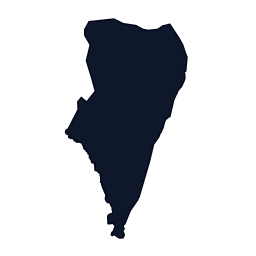 Rashaant, Hövsgöl, Mongolia, rotated 267°
{"feature_id": "93677404B8615424997314", "entity_name": "Rashaant", "entity_type": "district", "adm_level": 2, "iso_a3": "MNG", "parent_name": "Mongolia", "parent_adm1": "Hövsgöl", "projection": "robinson", "projection_center": [100.984, 49.181], "detail": "fine", "context": "isolated", "style": "filled", "palette": "ink", "viewbox_px": 256, "rotation_deg": 267, "n_neighbors": 0, "source": "geoboundaries", "source_scale": "gbopen_adm2", "svg_char_len": 5196}
<svg xmlns="http://www.w3.org/2000/svg" viewBox="0 0 256 256"><g transform="rotate(267 128 128)"><path d="M237.5,119.7L236.2,94.7L228.5,89.9L222.8,89.7L213.1,94.7L197.5,90.0L179.0,94.6L166.5,97.3L156.0,88.0L160.9,83.0L156.9,79.3L149.0,79.2L148.9,79.1L130.3,68.3L129.0,66.0L128.4,65.8L128.2,65.7L127.8,65.5L127.3,65.5L127.0,65.4L126.6,65.5L126.3,65.7L126.2,65.7L126.0,65.9L125.5,66.3L125.0,66.7L125.0,66.8L124.8,67.0L124.6,67.9L124.6,68.0L124.6,68.3L124.6,68.6L124.5,68.9L124.5,69.0L124.1,69.2L123.7,69.3L123.7,69.2L124.0,69.1L124.2,68.9L124.3,68.8L124.4,68.7L124.2,68.6L123.9,68.8L123.2,68.7L122.9,68.5L122.6,68.3L122.4,68.3L122.2,68.3L121.7,68.5L121.2,69.4L120.5,70.3L120.5,70.5L120.7,70.8L121.0,71.1L121.2,71.3L121.3,71.4L121.3,71.6L121.2,71.7L121.2,71.8L120.9,71.9L120.5,72.5L120.2,72.6L119.3,73.0L119.0,73.2L118.8,73.4L118.3,73.7L118.3,73.9L118.3,74.1L118.1,74.3L117.9,74.5L118.1,74.7L118.0,74.9L117.8,75.2L117.4,75.3L117.2,75.4L116.9,75.8L116.7,75.8L116.5,76.1L116.6,76.3L117.1,76.4L117.4,76.5L117.5,76.8L117.5,77.3L117.2,77.5L116.7,77.6L116.6,77.8L116.5,78.1L116.4,78.2L116.4,78.3L116.7,78.4L116.8,78.5L117.0,78.8L117.0,79.1L116.9,79.3L116.5,79.5L116.4,79.6L116.2,79.7L116.0,79.9L115.8,80.1L115.7,80.3L115.8,80.5L115.8,80.8L115.6,81.0L115.2,81.3L114.9,81.5L114.6,81.6L114.3,81.7L113.9,81.6L113.7,81.8L113.5,82.1L113.2,82.3L112.6,82.2L112.4,82.3L111.6,82.7L110.6,82.9L109.9,82.9L109.7,83.0L109.1,83.6L108.8,84.1L108.5,84.5L108.3,84.7L108.1,84.9L107.0,85.1L106.9,85.2L106.8,85.6L106.6,85.8L106.5,86.1L105.6,86.5L105.3,86.7L104.6,86.7L104.2,86.8L104.0,87.0L103.8,87.4L103.5,87.6L103.2,88.2L102.8,88.4L102.6,88.3L102.3,88.3L102.0,88.3L101.2,87.9L100.6,87.9L100.4,88.1L100.0,88.3L99.7,88.6L99.4,88.7L99.0,88.9L98.6,89.1L98.3,89.4L97.9,89.5L97.2,89.6L96.7,89.7L95.9,90.0L95.4,90.2L95.1,90.4L95.1,90.5L95.0,91.0L95.0,91.4L95.0,91.7L94.9,92.0L95.0,92.2L95.0,92.5L94.9,92.7L94.8,92.8L93.5,92.8L93.1,93.0L92.7,93.4L92.4,93.5L91.9,93.6L91.8,93.4L92.1,93.3L92.5,93.2L92.8,93.0L92.8,92.8L92.7,92.7L92.0,93.0L91.6,92.9L91.3,92.8L91.0,92.9L90.5,93.0L90.2,93.0L90.0,92.8L89.7,92.8L88.2,92.9L87.7,92.9L87.5,93.0L87.3,93.2L87.1,93.6L87.0,93.9L86.9,94.3L86.8,94.6L86.8,95.3L86.6,95.4L86.2,95.6L85.7,95.8L85.3,96.1L84.8,96.5L84.5,96.9L84.2,97.4L84.0,97.7L83.6,97.9L83.1,98.0L82.7,97.9L82.2,97.7L82.0,97.8L81.5,98.0L81.0,98.2L80.6,98.3L80.0,98.3L79.2,98.1L78.6,98.1L78.1,98.2L76.6,98.2L76.0,98.1L75.5,97.9L75.3,97.9L75.2,97.9L75.1,98.3L74.9,98.5L74.6,98.7L74.4,98.8L74.1,99.0L73.5,98.9L73.3,98.8L72.9,98.8L71.8,99.0L71.3,99.3L71.0,99.5L70.7,99.6L70.2,99.6L69.8,99.5L69.5,99.6L69.3,99.9L68.9,100.2L68.7,100.3L68.3,100.3L68.0,100.5L67.6,100.5L67.1,100.6L66.6,100.8L66.0,101.1L64.9,101.4L64.6,101.4L64.4,101.6L64.1,101.9L63.8,102.1L63.2,102.2L62.0,102.5L61.5,102.5L60.8,102.3L60.3,102.1L59.0,101.8L58.5,101.7L58.0,101.8L56.6,102.2L56.5,102.3L55.8,102.7L55.0,103.5L54.8,103.7L54.7,103.8L54.6,104.0L54.5,104.3L54.5,104.5L54.6,105.0L54.4,105.6L54.2,105.9L53.9,106.1L53.3,106.4L52.9,106.5L52.6,106.6L52.2,106.7L51.6,106.8L51.3,107.0L51.0,107.2L50.5,107.6L49.7,108.0L49.1,108.1L48.6,108.1L48.4,108.1L48.2,108.2L47.8,108.2L47.7,107.9L47.4,107.9L46.9,108.1L46.5,108.2L46.0,108.4L45.7,108.5L45.4,108.6L45.0,108.6L44.7,108.4L44.3,108.2L43.8,107.9L43.5,107.5L43.3,107.0L43.2,106.8L43.1,105.8L42.8,105.3L42.6,104.7L42.4,104.3L42.2,104.1L41.9,103.8L41.5,103.5L41.0,103.2L40.6,103.1L40.4,103.1L39.8,103.1L37.5,103.0L37.2,103.0L36.8,103.1L36.6,103.2L36.1,103.2L35.2,103.1L34.9,103.1L34.5,103.0L34.2,103.0L33.8,103.0L33.6,103.1L33.4,103.2L33.3,103.5L33.4,104.1L33.4,105.2L33.5,105.3L33.6,105.7L33.6,106.2L33.5,106.6L33.5,106.8L33.7,107.6L33.7,107.9L33.6,108.0L33.4,108.3L33.2,108.4L32.7,108.6L32.6,108.9L32.2,109.2L31.9,109.6L31.6,109.8L31.3,109.9L30.9,110.0L30.4,109.9L29.6,109.7L28.6,109.3L28.1,108.9L27.7,108.8L27.3,108.8L27.1,108.8L26.9,108.7L26.7,108.4L26.3,108.2L26.0,108.2L25.8,108.1L25.5,108.0L25.3,107.8L25.2,107.6L25.1,107.2L24.8,106.9L24.6,106.6L24.3,106.4L23.9,106.2L23.2,106.1L22.8,106.0L22.5,105.7L21.9,106.1L21.7,106.2L21.5,106.4L21.4,106.6L21.5,106.8L21.6,107.2L21.8,107.4L21.9,107.5L22.0,107.8L22.1,108.3L22.0,108.5L22.0,108.8L22.0,109.1L21.9,109.3L21.8,109.5L21.6,109.7L21.1,110.3L20.8,110.7L20.1,111.5L19.7,112.1L19.5,112.3L19.3,112.5L19.0,113.2L18.7,113.9L18.6,114.2L18.5,114.7L18.5,115.1L18.7,115.6L18.8,115.8L18.7,116.3L18.8,116.9L18.6,117.2L21.0,118.6L22.5,118.5L24.0,117.9L24.9,117.6L26.0,117.6L26.6,118.1L26.9,118.6L28.1,118.8L29.1,118.0L31.5,118.2L32.2,119.7L45.2,125.8L55.1,133.4L59.3,135.7L93.3,147.6L110.5,152.7L117.7,158.4L118.5,158.6L119.7,159.2L121.1,159.9L122.0,160.7L122.4,160.9L122.9,161.1L123.2,161.4L124.3,161.7L124.7,162.0L124.9,162.1L126.7,163.1L129.6,163.9L133.3,165.3L134.9,166.5L135.9,167.9L136.8,169.0L137.0,170.1L137.3,170.4L153.5,175.1L155.4,176.1L156.4,176.5L157.5,177.2L158.6,177.6L160.2,178.8L161.5,179.1L162.4,179.6L163.8,180.8L165.0,181.9L165.8,182.8L167.1,183.8L168.3,184.4L171.0,185.9L173.1,186.9L174.2,187.3L176.8,187.4L179.1,187.4L181.4,187.0L181.9,188.6L195.6,190.6L200.1,189.1L208.0,187.0L214.8,183.7L229.4,175.2L228.4,170.1L228.1,168.1L224.9,162.8L224.4,153.2L225.6,148.3L229.9,141.1L232.4,128.7L237.5,119.7Z" fill="#0f172a" stroke="#020617" stroke-width="1.5"/></g></svg>